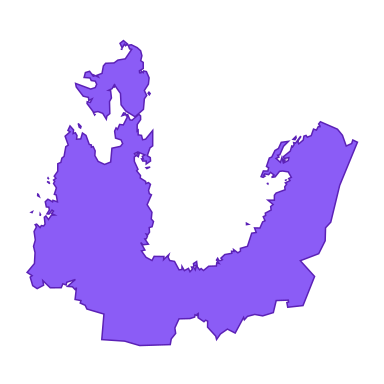 Zamboanga Sibugay, Zamboanga Sibugay, Philippines (Robinson projection), rotated 179°
{"feature_id": "2640588B82865823535715", "entity_name": "Zamboanga Sibugay", "entity_type": "district", "adm_level": 2, "iso_a3": "PHL", "parent_name": "Philippines", "parent_adm1": "Zamboanga Sibugay", "projection": "robinson", "projection_center": [122.765, 7.61], "detail": "fine", "context": "isolated", "style": "filled", "palette": "violet", "viewbox_px": 384, "rotation_deg": 179, "n_neighbors": 0, "source": "geoboundaries", "source_scale": "gbopen_adm2", "svg_char_len": 6072}
<svg xmlns="http://www.w3.org/2000/svg" viewBox="0 0 384 384"><g transform="rotate(179 192 192)"><path d="M30.3,241.2L31.5,237.7L37.0,235.3L40.6,246.1L45.5,252.3L62.4,260.0L64.2,257.8L62.9,255.9L62.9,255.1L64.6,255.2L66.5,251.7L69.4,252.8L71.8,246.3L75.8,244.8L77.0,246.6L79.1,245.9L79.9,242.0L84.4,238.3L85.2,239.8L84.5,242.2L82.5,245.0L82.3,246.0L87.6,239.1L89.5,239.6L89.1,237.6L90.8,235.0L91.2,235.2L91.2,236.2L91.4,236.3L93.0,231.2L99.9,225.8L99.5,223.9L94.6,224.7L95.2,221.8L100.1,219.4L101.5,224.9L103.1,220.1L107.4,224.1L104.5,225.4L105.7,227.3L103.6,227.6L99.7,236.1L94.6,241.0L101.9,240.1L104.8,234.0L108.3,232.1L111.6,225.6L114.1,224.6L117.1,216.2L115.0,214.9L115.8,211.6L120.3,211.8L122.7,206.2L120.6,205.4L118.7,206.6L120.0,207.5L119.0,208.8L115.1,208.0L113.1,210.3L109.6,207.5L111.6,206.0L111.6,205.3L108.6,205.7L104.1,211.1L101.0,211.4L95.4,210.4L92.4,204.9L95.1,203.8L93.8,201.7L98.5,199.5L97.2,198.3L99.2,195.6L98.9,192.6L107.9,189.5L109.7,187.3L109.8,182.4L116.2,182.5L111.1,178.1L113.6,176.1L113.2,172.6L119.1,169.6L118.8,167.2L121.2,166.1L119.5,162.0L121.9,160.9L124.7,154.8L130.1,155.0L128.5,150.4L133.0,149.8L137.5,136.7L144.6,134.8L144.6,132.0L147.2,130.4L151.4,133.7L151.1,131.8L153.5,132.1L153.3,130.0L160.3,128.9L164.2,125.4L162.8,123.8L164.3,123.0L166.3,123.0L167.5,125.3L168.7,123.5L166.2,120.1L168.5,120.7L168.9,117.6L176.6,117.5L181.9,113.3L184.2,115.3L185.7,114.0L188.0,117.1L188.6,122.4L191.8,120.4L191.5,117.9L188.8,118.8L190.1,114.1L191.8,117.0L193.8,117.0L192.9,114.9L195.4,112.3L196.9,115.7L201.0,113.5L203.3,117.7L203.4,114.7L206.3,114.4L210.7,122.9L215.5,123.9L217.0,127.3L216.2,129.8L221.6,124.8L221.2,128.0L231.0,128.3L233.2,124.2L239.1,127.5L243.6,134.0L240.1,134.8L244.2,142.4L242.0,140.1L236.5,140.6L240.0,145.9L238.4,146.1L237.3,148.7L238.5,150.7L236.8,150.2L235.2,152.6L235.4,157.2L232.5,158.0L231.0,163.2L233.2,165.7L232.4,172.4L237.1,180.1L232.6,189.9L234.7,191.1L235.4,194.4L233.4,200.4L235.4,202.2L237.9,201.2L238.2,203.4L243.5,206.9L243.2,209.4L247.0,214.2L245.6,215.6L249.1,223.6L249.1,228.0L247.5,229.1L248.9,231.4L245.4,233.0L238.5,229.9L241.1,228.5L240.1,225.9L241.8,226.0L240.7,223.8L237.2,223.7L237.3,220.8L232.9,223.7L233.1,227.1L236.1,229.1L233.2,236.9L230.5,238.8L230.2,254.2L237.5,245.6L240.5,245.1L241.5,249.5L244.8,250.1L244.8,254.8L245.8,253.9L245.6,260.4L242.1,265.3L242.1,269.0L243.8,270.6L250.7,264.8L252.7,265.2L254.6,269.6L259.5,260.3L263.2,260.8L265.4,255.9L266.8,257.4L268.3,254.2L267.5,247.2L262.0,245.3L260.5,241.6L262.7,238.9L271.3,237.2L272.8,223.4L278.9,221.1L285.3,224.2L288.5,230.1L288.1,234.8L290.0,239.1L291.8,238.6L291.8,240.8L293.9,241.4L297.0,250.4L300.5,252.9L302.3,247.0L306.5,246.8L306.0,250.4L307.6,253.3L309.8,252.5L309.3,256.1L312.8,260.2L315.0,255.7L312.9,254.3L317.9,250.0L314.9,241.1L317.4,239.5L319.3,229.8L321.5,228.2L322.6,223.9L325.7,222.6L325.9,215.1L329.5,210.2L327.8,208.1L330.2,206.4L329.1,205.0L330.3,202.9L327.5,198.5L329.7,192.1L327.8,191.4L326.7,184.5L331.2,186.1L331.6,184.6L336.2,187.3L338.9,184.8L337.9,179.6L335.4,179.3L335.0,176.4L337.4,172.7L335.4,172.4L332.3,176.4L330.8,175.3L332.8,172.9L329.7,171.4L333.0,171.2L336.0,167.0L338.5,170.6L340.1,169.3L339.5,162.5L340.9,160.6L343.2,161.1L344.5,159.1L347.9,162.6L349.4,162.1L348.2,159.7L350.6,155.3L349.5,146.7L351.4,140.5L350.0,134.1L350.8,123.2L358.3,114.5L353.3,111.1L355.3,109.7L352.9,101.1L348.5,98.1L342.0,101.4L342.7,106.0L335.4,98.7L324.4,98.6L322.7,102.5L319.5,101.2L318.8,103.9L310.1,106.6L318.1,99.8L313.2,99.3L310.6,96.5L309.2,98.4L310.8,86.6L304.9,85.4L305.7,82.9L300.8,80.6L299.1,76.8L282.2,71.5L284.8,46.0L262.1,44.1L247.0,39.4L216.4,39.8L215.3,45.5L210.8,50.9L211.5,56.4L207.2,65.4L196.2,65.5L191.5,66.9L191.1,69.2L189.0,68.3L188.9,69.8L187.9,70.4L188.1,66.2L182.3,62.1L180.6,63.6L178.6,62.6L178.8,56.6L170.8,47.5L170.0,44.1L166.0,49.6L159.0,54.3L151.3,50.2L142.6,65.7L141.9,63.3L138.7,66.7L131.4,68.5L123.5,66.9L112.8,70.0L109.7,82.0L97.6,82.2L97.4,80.3L99.1,79.8L98.3,75.1L83.0,76.5L70.9,105.4L84.9,121.4L66.4,128.1L59.7,140.9L59.1,153.9L53.8,159.4L44.2,196.1L25.7,238.9L30.3,241.2ZM279.9,272.2L276.4,266.3L275.8,269.4L272.8,271.8L272.9,283.9L270.9,287.4L271.6,294.7L273.7,295.1L270.1,296.7L267.3,301.4L268.5,297.7L266.9,299.3L261.8,291.8L261.4,280.4L256.9,274.2L247.6,268.2L239.1,275.5L238.0,286.0L235.6,289.3L237.9,294.3L233.7,300.6L232.9,306.9L235.5,313.2L238.2,313.9L238.8,312.2L240.5,313.7L241.0,312.0L242.3,312.1L242.5,314.1L238.6,316.3L238.5,322.4L241.0,324.2L239.7,329.1L240.9,334.1L244.3,337.3L250.1,340.3L253.2,339.9L251.9,336.2L249.8,335.7L256.4,326.3L263.8,325.2L267.7,322.4L276.1,322.2L278.4,319.6L279.9,312.2L284.9,310.4L283.8,308.7L288.4,310.8L288.1,309.6L288.7,309.5L292.3,314.5L296.5,313.3L297.9,308.4L292.0,307.8L290.8,305.2L286.8,304.5L285.4,301.4L286.9,298.1L291.5,296.7L306.5,302.6L305.9,299.0L299.1,289.7L293.9,288.4L293.6,285.4L290.2,286.9L292.1,283.3L295.2,284.1L295.4,282.3L288.9,273.3L284.6,274.1L279.9,272.2ZM259.3,337.2L257.1,340.9L255.9,339.4L254.0,341.2L257.9,344.6L261.4,341.9L259.3,337.2ZM245.8,232.0L246.8,229.5L245.1,228.2L244.1,231.4L245.8,232.0ZM260.6,269.5L257.5,270.5L257.2,271.9L259.0,272.3L260.6,269.5ZM302.3,257.9L301.8,259.5L304.6,262.5L303.6,258.7L302.3,257.9ZM236.7,216.2L233.4,217.7L237.5,217.1L236.7,216.2ZM88.1,242.5L86.9,244.4L87.2,245.7L90.1,242.9L88.1,242.5ZM138.1,158.4L136.0,158.7L138.1,159.9L138.1,158.4ZM233.0,289.9L232.1,291.2L233.3,292.6L234.2,291.5L233.0,289.9ZM344.8,190.0L345.7,192.3L346.3,192.6L346.4,191.0L344.8,190.0ZM336.7,205.0L334.1,202.8L334.3,203.2L334.9,203.8L334.8,204.3L336.7,205.0ZM256.9,270.4L256.4,269.5L255.6,270.5L256.9,270.4ZM255.1,340.1L254.0,340.1L253.3,340.4L255.1,340.1ZM99.2,221.5L98.3,222.3L99.7,222.5L99.2,221.5ZM351.9,175.1L353.1,174.5L352.3,174.2L351.9,175.1ZM287.6,271.2L288.5,271.7L288.0,270.7L287.6,271.2ZM117.0,199.4L116.0,198.7L115.9,199.2L117.0,199.4ZM335.9,208.4L334.9,207.3L335.7,208.7L335.9,208.4ZM260.8,336.0L259.6,335.9L259.0,335.9L260.8,336.0ZM344.4,170.9L343.8,171.9L344.2,172.7L344.4,170.9ZM98.9,202.2L98.0,202.0L97.8,202.3L98.9,202.2Z" fill="#8b5cf6" stroke="#5b21b6" stroke-width="1.5"/></g></svg>